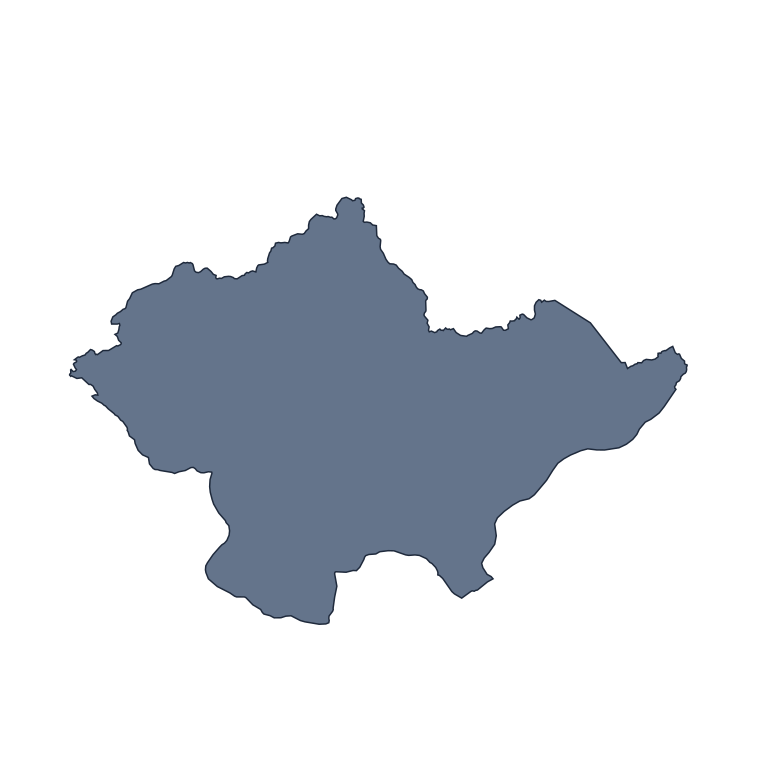 outline of Sela, Anseba, Eritrea, rotated 54°
{"feature_id": "51966322B36323877774800", "entity_name": "Sela", "entity_type": "district", "adm_level": 2, "iso_a3": "ERI", "parent_name": "Eritrea", "parent_adm1": "Anseba", "projection": "orthographic", "projection_center": [37.406, 16.89], "detail": "fine", "context": "isolated", "style": "filled", "palette": "slate", "viewbox_px": 768, "rotation_deg": 54, "n_neighbors": 0, "source": "geoboundaries", "source_scale": "gbopen_adm2", "svg_char_len": 6158}
<svg xmlns="http://www.w3.org/2000/svg" viewBox="0 0 768 768"><g transform="rotate(54 384 384)"><path d="M559.9,150.9L558.2,151.1L556.9,150.4L556.3,148.4L554.7,146.5L555.0,143.1L553.9,140.8L552.6,139.5L552.0,136.1L552.3,134.0L551.7,132.3L550.4,130.8L548.0,129.3L547.4,128.0L546.4,127.6L545.5,128.6L544.1,128.8L542.1,127.4L538.1,128.4L533.6,127.4L532.9,127.8L532.5,129.2L530.0,130.0L523.3,128.3L522.7,131.8L522.7,136.5L522.1,136.9L521.2,139.5L521.2,140.6L521.9,142.0L520.8,143.0L520.3,144.3L521.2,144.5L521.5,145.4L523.1,146.1L523.2,150.0L521.9,153.3L518.2,157.4L517.6,160.2L518.3,163.1L515.9,166.1L516.4,167.1L515.5,169.4L515.5,172.1L514.8,173.7L514.6,177.9L508.4,176.3L506.2,179.5L455.8,181.1L416.8,196.6L414.1,202.2L412.4,204.4L410.4,205.0L410.5,208.4L408.4,208.0L406.8,209.2L407.3,212.9L409.2,216.3L412.6,218.8L416.4,220.4L418.8,223.6L418.8,226.4L418.4,227.4L414.5,229.5L409.8,230.2L408.7,231.1L408.2,233.7L410.2,234.7L411.0,236.3L410.9,236.7L408.0,237.2L409.1,238.7L409.0,239.9L409.6,241.1L408.3,243.6L407.2,244.8L408.2,246.3L409.0,249.1L412.4,250.9L411.9,254.3L410.7,255.7L406.8,255.6L405.9,256.4L403.5,260.1L402.7,263.8L401.3,266.0L398.8,268.5L399.0,271.0L400.2,275.2L399.3,276.3L395.8,277.6L394.6,279.0L394.5,280.8L395.0,282.7L393.9,287.9L394.0,289.1L389.7,293.5L384.8,295.4L380.0,295.3L379.2,298.3L377.8,298.9L377.5,300.0L376.4,300.9L374.9,301.2L375.6,304.7L374.7,305.2L374.1,306.3L372.4,306.5L372.2,309.4L372.8,310.5L372.2,312.8L369.0,314.6L368.4,316.7L366.7,316.4L364.3,313.9L360.2,313.4L358.2,311.0L352.8,311.4L351.6,311.1L350.3,309.5L349.8,307.6L349.0,306.7L341.5,301.6L340.9,300.9L340.6,299.0L339.3,297.9L334.7,298.1L331.9,297.5L329.8,298.4L328.5,299.8L326.7,300.8L324.3,300.9L321.8,300.4L318.9,300.9L315.8,300.2L312.5,301.0L306.9,303.1L303.5,303.0L298.8,304.2L295.0,304.2L292.6,305.7L290.1,308.7L287.6,309.2L284.1,309.1L277.9,307.7L273.0,307.6L270.6,306.4L266.1,302.4L264.9,301.9L262.7,302.8L259.7,302.6L251.4,297.1L248.7,299.7L245.5,300.3L242.9,302.7L241.6,304.9L240.2,305.2L236.7,301.4L234.2,299.8L232.3,297.9L229.5,298.7L228.9,298.2L229.5,297.3L229.2,296.2L227.1,295.5L224.3,295.9L221.2,293.9L219.5,295.1L218.9,295.0L218.0,296.0L217.3,298.0L218.3,299.6L217.2,301.8L216.0,301.9L210.8,304.7L209.2,309.0L211.7,316.9L214.0,320.1L215.2,321.0L219.2,321.5L220.2,322.2L221.7,324.7L221.8,326.1L221.0,327.5L218.4,328.1L217.7,329.3L215.6,330.8L215.1,332.0L213.1,334.0L211.5,334.9L210.1,337.2L207.0,338.8L207.9,346.4L208.7,348.9L211.1,351.6L214.0,353.7L214.3,356.9L215.4,360.1L214.9,362.0L211.7,365.6L210.1,371.6L210.1,373.2L213.0,377.1L213.5,378.7L211.2,381.0L209.2,384.5L207.5,386.1L206.3,389.0L208.2,391.1L208.5,393.7L208.0,395.1L209.9,397.3L210.7,399.6L214.3,404.4L216.0,406.0L217.3,406.5L216.7,410.3L214.0,415.4L214.1,416.5L215.3,418.8L218.0,421.8L215.3,423.8L214.6,425.8L214.5,428.2L213.1,429.5L213.3,431.7L214.0,433.0L212.9,435.1L212.6,441.0L210.8,443.1L209.4,443.3L206.9,444.9L205.5,446.5L203.4,450.2L203.1,453.3L201.7,454.9L200.9,457.2L200.2,457.7L198.9,457.5L197.5,456.0L195.0,457.6L191.3,457.8L186.4,458.9L185.2,460.6L184.9,462.6L185.3,466.3L184.9,468.5L183.2,470.3L181.1,470.8L175.2,468.4L173.9,468.3L171.9,469.3L171.6,470.5L170.1,471.6L169.4,473.5L167.9,474.7L167.5,480.4L166.4,483.3L167.5,486.0L171.5,491.4L172.1,492.8L172.3,499.5L171.5,501.4L170.6,507.2L168.2,510.2L167.0,512.7L164.3,525.2L163.0,527.9L162.4,533.0L162.3,534.0L165.4,539.6L166.3,542.8L170.6,548.0L170.8,549.4L170.2,551.2L170.5,554.7L170.0,558.1L170.4,560.3L170.3,563.9L172.8,567.9L175.4,569.1L178.7,564.6L179.5,562.5L179.9,562.6L181.3,563.2L182.0,564.5L184.1,566.5L186.3,569.4L185.7,572.5L188.7,571.8L192.7,573.0L196.1,572.4L196.9,572.9L197.3,574.0L196.8,577.0L195.8,577.8L195.0,587.1L191.8,591.6L191.8,598.6L191.0,599.0L190.8,599.9L189.3,599.9L187.5,599.2L185.0,600.1L183.6,601.2L184.3,605.2L184.1,606.7L184.8,608.9L183.9,611.4L183.4,614.7L182.6,615.2L182.3,616.0L182.4,620.2L183.7,619.0L184.8,619.1L185.3,619.9L185.0,622.5L185.4,623.6L189.5,624.4L191.6,624.3L192.2,626.1L191.2,628.2L188.3,628.6L188.4,629.2L191.0,630.9L191.4,632.6L192.0,633.1L193.7,632.9L193.6,632.1L199.0,629.2L201.3,624.9L210.9,623.0L212.0,621.5L214.8,620.6L218.5,621.2L222.7,621.1L224.8,622.1L223.0,624.0L222.2,627.4L225.3,627.2L229.4,625.8L233.6,623.6L236.9,622.9L237.9,622.2L242.1,621.7L249.4,619.7L250.7,619.8L253.8,618.3L258.4,618.3L260.8,617.3L268.2,617.4L269.6,618.0L270.5,619.0L272.2,619.1L276.4,620.5L282.4,618.6L285.9,620.3L293.2,621.9L299.4,621.0L305.0,617.8L310.8,620.7L316.7,620.4L318.6,619.5L320.4,617.3L322.2,616.1L331.0,607.4L333.3,606.0L334.5,601.4L337.2,595.6L338.1,589.4L339.4,587.3L341.5,586.5L344.4,586.3L348.1,584.3L350.0,581.9L351.8,577.6L354.0,575.2L355.0,575.6L359.1,580.9L364.6,585.4L369.5,588.2L376.6,591.0L381.0,592.4L391.3,593.5L401.3,592.6L403.3,593.2L407.4,592.8L412.0,595.2L415.3,598.2L418.2,603.1L419.0,606.6L418.8,609.7L419.4,613.1L421.6,622.7L424.8,631.8L426.4,635.1L429.4,637.7L431.9,638.9L438.4,640.6L449.9,637.9L462.4,631.5L467.8,629.6L469.6,628.4L474.2,622.1L475.6,621.3L485.6,619.9L493.9,616.3L497.3,616.7L499.5,616.4L504.5,612.3L508.6,610.3L512.5,604.8L514.1,599.9L516.9,595.4L526.2,590.7L530.0,587.7L540.2,577.7L543.9,572.1L544.7,569.0L543.2,567.4L541.0,566.3L539.4,564.8L537.7,559.2L536.7,557.7L535.4,556.9L527.3,549.1L519.9,541.0L508.5,535.5L507.5,534.4L507.6,533.3L514.0,525.3L516.7,518.6L518.8,516.0L518.0,511.3L514.1,503.4L512.7,501.5L512.1,499.7L513.0,496.5L516.7,490.5L517.2,486.0L521.3,478.6L524.8,474.0L535.0,466.9L537.2,464.7L540.5,459.4L543.5,456.1L550.3,452.3L555.3,451.7L557.4,450.7L562.8,450.0L566.6,450.6L568.4,451.3L570.1,452.7L571.4,451.7L575.8,450.8L591.8,451.1L595.2,450.4L602.9,447.0L602.9,435.4L603.2,434.2L604.7,432.8L604.8,431.3L605.6,429.5L604.9,416.6L605.7,410.3L602.8,410.5L598.6,412.5L590.7,412.0L586.4,410.4L583.7,405.2L582.0,398.0L578.7,388.6L572.8,382.4L562.2,376.7L558.9,370.9L557.7,361.6L557.6,351.2L558.5,342.9L562.1,334.1L562.0,327.4L557.5,309.2L553.1,298.3L550.3,290.0L550.2,282.7L551.1,274.9L553.6,264.1L556.2,257.3L562.4,250.6L567.0,244.4L573.7,231.4L575.2,223.1L575.0,215.3L573.4,209.1L570.6,203.9L568.4,195.1L569.4,188.9L569.2,178.5L567.0,170.7L559.9,150.9Z" fill="#64748b" stroke="#1e293b" stroke-width="1.5"/></g></svg>